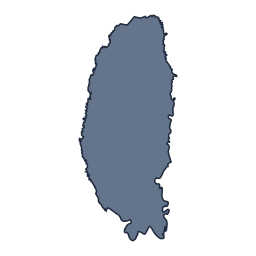 outline of Múgica, Michoacán, Mexico
{"feature_id": "50627088B21289458615422", "entity_name": "Múgica", "entity_type": "district", "adm_level": 2, "iso_a3": "MEX", "parent_name": "Mexico", "parent_adm1": "Michoacán", "projection": "equal_earth", "projection_center": [-102.107, 18.967], "detail": "fine", "context": "isolated", "style": "filled", "palette": "slate", "viewbox_px": 256, "rotation_deg": 0, "n_neighbors": 0, "source": "geoboundaries", "source_scale": "gbopen_adm2", "svg_char_len": 5754}
<svg xmlns="http://www.w3.org/2000/svg" viewBox="0 0 256 256"><path d="M176.7,76.4L176.6,75.7L176.3,75.2L174.6,74.4L173.3,74.1L172.4,72.8L172.0,72.5L171.7,71.5L172.2,69.4L170.6,68.5L170.6,66.9L169.3,65.5L168.8,64.4L167.2,62.4L165.7,59.8L165.7,59.2L166.3,58.5L166.0,58.1L165.1,57.8L165.1,57.1L165.3,56.6L166.7,55.3L166.7,54.7L164.9,54.4L165.6,52.6L165.3,51.9L163.8,52.0L163.5,51.8L163.5,51.3L164.2,50.1L164.0,47.5L164.6,45.8L164.6,45.0L163.3,44.5L163.5,42.2L163.1,40.5L164.2,39.5L163.8,37.4L164.0,36.7L164.8,35.5L166.9,34.3L167.0,33.7L166.3,33.2L164.7,33.9L163.9,33.7L163.6,32.7L163.4,29.6L162.9,28.8L163.0,26.9L162.7,26.8L161.9,27.3L161.6,27.0L161.7,26.4L162.6,25.2L162.7,24.6L162.1,24.1L161.0,24.4L161.0,23.9L162.0,23.4L162.2,22.6L161.9,22.4L159.9,22.6L159.9,21.8L160.5,20.6L159.2,20.6L159.0,18.4L158.3,18.4L158.1,17.7L157.7,17.0L155.5,17.0L155.0,16.7L154.9,15.7L153.0,15.4L152.3,16.6L152.0,16.6L151.9,16.1L151.1,15.5L146.9,17.7L145.9,17.6L145.2,16.4L140.5,18.2L134.4,16.7L127.6,24.7L126.1,24.9L120.5,23.8L118.6,25.6L117.1,25.5L116.6,25.7L116.2,26.6L115.3,26.9L114.6,28.9L114.3,30.3L114.1,30.7L113.2,30.8L112.4,32.5L111.6,32.8L111.1,33.3L110.6,35.6L110.4,35.7L109.4,35.1L108.8,36.0L108.9,37.2L109.7,38.6L109.3,39.8L110.2,40.1L110.0,40.6L110.3,42.0L110.3,42.3L109.8,42.4L109.4,43.7L108.8,44.1L109.0,44.4L108.7,45.4L108.1,46.1L106.9,47.0L106.4,47.1L105.6,46.6L105.3,46.9L105.3,47.3L105.0,47.5L104.6,46.6L103.6,46.8L103.1,47.3L102.5,46.5L102.0,47.8L100.7,48.2L100.6,49.4L100.2,49.6L99.8,50.8L99.5,52.5L99.4,52.7L98.6,52.6L98.4,52.8L98.2,54.6L97.8,54.6L97.3,55.0L96.2,55.5L95.0,59.4L95.5,61.0L95.6,60.9L95.7,62.0L95.4,62.2L95.4,63.2L95.9,64.2L96.5,63.8L96.7,64.0L94.6,70.4L93.9,70.1L93.8,67.9L92.8,71.0L93.4,71.9L93.6,73.4L93.0,75.0L92.0,74.5L90.5,75.7L90.6,76.6L89.1,79.9L89.6,81.8L88.1,87.8L88.2,89.5L88.0,89.9L88.3,90.9L89.2,91.8L89.7,93.0L90.2,93.1L91.1,92.6L91.1,93.1L90.6,94.5L90.1,94.9L90.4,96.6L90.0,96.7L89.5,97.3L90.6,99.1L90.3,99.4L89.3,98.8L88.1,98.7L88.1,100.4L87.8,102.2L87.5,102.8L86.3,103.8L86.3,104.2L87.5,104.3L87.6,104.7L87.4,105.4L86.6,106.4L85.8,106.5L86.3,107.7L86.7,107.6L86.9,109.8L85.5,110.4L85.7,110.9L86.7,111.5L85.4,113.3L85.8,113.7L86.6,115.1L85.4,116.1L86.2,117.1L86.1,118.2L85.5,118.4L83.9,118.0L83.5,118.2L83.2,118.7L83.4,119.6L84.1,119.4L85.2,120.1L85.3,120.5L84.9,121.8L83.9,122.0L83.7,122.3L83.2,124.6L82.7,125.7L84.3,126.1L84.4,127.0L82.3,128.8L82.8,131.5L82.6,131.8L81.8,131.4L81.6,131.6L81.5,134.3L81.9,135.5L83.6,136.9L83.0,137.5L82.6,138.4L82.1,138.6L81.1,139.9L79.8,138.4L79.5,138.6L79.3,139.1L79.4,140.9L80.9,141.2L80.8,141.8L80.2,142.4L80.3,144.2L80.9,144.9L80.9,145.5L81.7,148.3L81.5,150.6L82.5,151.4L81.8,152.6L81.9,153.4L82.6,154.4L82.4,155.8L82.5,156.9L83.6,157.9L85.0,160.7L85.9,160.1L86.3,160.4L85.4,161.5L86.2,161.9L86.4,162.4L86.2,163.7L87.1,163.9L87.6,166.2L87.1,167.8L86.4,168.8L86.0,168.8L85.9,169.4L86.1,170.0L86.4,170.1L86.9,170.9L86.5,171.7L86.0,171.9L86.9,172.2L87.9,173.2L87.9,173.6L87.3,174.6L87.4,174.9L89.1,175.0L88.6,175.9L88.0,175.6L87.6,176.2L88.6,177.1L89.2,177.3L89.7,178.7L89.1,178.9L88.9,179.6L91.0,179.9L91.0,181.5L92.4,182.2L92.4,182.9L92.8,183.2L94.3,186.1L95.0,186.5L94.7,186.7L94.8,187.4L96.3,189.7L96.4,192.3L95.7,193.5L96.8,195.6L98.2,197.8L98.5,199.5L98.4,201.1L98.6,201.6L99.5,203.1L100.7,204.0L101.3,204.8L102.7,207.6L103.7,208.2L104.5,209.6L105.0,209.6L105.0,210.4L105.3,210.4L105.6,209.6L106.2,210.8L106.9,208.8L107.8,208.0L108.5,208.0L109.6,208.6L113.6,211.6L114.2,211.8L116.5,213.8L117.9,214.3L120.0,216.8L121.4,219.9L123.1,221.2L124.2,221.3L127.1,221.0L129.2,220.1L130.3,220.0L131.0,220.6L131.1,222.2L130.7,223.1L130.3,223.5L128.4,224.1L126.9,225.5L124.7,229.3L124.4,231.1L124.6,232.0L125.1,232.6L126.8,232.6L127.8,233.1L129.4,237.7L130.1,238.8L132.0,240.5L133.3,240.6L135.4,239.0L137.6,234.5L138.0,231.9L138.2,231.6L140.4,231.9L144.0,234.1L145.1,234.0L147.7,229.4L148.6,227.4L149.5,226.4L150.3,226.6L151.9,228.6L154.1,232.6L157.3,236.3L159.8,238.2L160.6,238.6L163.2,238.5L163.9,237.8L164.0,236.5L163.8,235.9L162.6,234.6L162.4,233.4L162.8,234.0L163.7,234.3L164.2,230.1L165.0,229.3L164.6,228.4L164.7,227.5L164.9,227.1L165.4,226.8L165.5,227.9L165.8,228.9L165.5,231.0L166.2,230.6L166.6,228.9L167.1,224.2L166.7,220.9L163.9,217.2L163.7,215.6L164.2,214.6L164.9,214.0L165.6,213.8L166.9,214.3L167.6,214.1L169.2,211.0L168.8,209.7L168.0,209.3L167.3,209.6L164.9,211.5L163.2,211.9L162.9,211.6L162.6,210.9L162.6,207.9L163.2,206.9L164.6,206.6L165.2,206.1L165.3,205.7L166.5,206.4L167.4,205.9L168.1,204.2L168.2,202.3L167.7,201.8L164.6,200.9L163.3,200.1L162.1,197.4L161.9,196.0L162.3,188.2L161.9,187.7L161.3,187.4L161.0,187.5L160.2,188.6L159.8,188.5L159.5,187.6L159.7,185.5L159.4,184.6L158.8,183.8L156.9,184.0L155.7,183.2L154.8,181.9L154.7,180.4L155.1,179.2L156.3,178.0L158.5,178.4L160.1,178.0L161.9,175.0L164.2,170.0L165.1,169.3L166.7,166.8L168.1,166.5L167.8,164.7L168.3,163.7L169.1,162.9L170.9,162.2L171.1,161.9L168.7,154.1L168.4,152.4L168.2,150.9L169.3,147.5L169.0,145.9L168.0,144.4L167.0,144.2L166.9,143.9L167.0,143.3L167.8,142.3L168.4,142.1L169.4,142.2L169.6,141.8L168.2,139.9L168.6,138.8L169.4,138.4L168.7,136.4L168.6,134.9L169.0,134.0L170.4,132.9L170.8,132.2L171.0,131.0L170.9,130.5L169.8,128.5L169.6,127.0L170.6,122.2L171.2,120.6L171.2,120.0L170.6,119.0L169.2,118.7L168.9,118.4L168.4,117.5L168.3,116.5L168.6,115.7L169.2,114.9L171.7,116.1L172.6,115.9L173.1,115.1L172.9,108.5L173.2,107.1L173.9,105.6L174.1,103.4L173.9,102.4L173.5,102.1L173.3,101.6L173.8,100.5L174.7,99.6L175.0,98.3L174.3,97.9L173.1,99.5L171.9,99.6L171.2,98.4L171.1,96.1L170.3,94.8L170.1,93.5L170.9,92.5L171.7,90.3L171.6,87.6L172.0,85.8L171.5,83.8L171.7,82.8L172.2,82.3L172.2,81.7L171.7,80.2L173.4,79.2L173.4,78.5L173.0,77.6L173.4,76.7L174.1,75.9L176.7,76.4Z" fill="#64748b" stroke="#1e293b" stroke-width="1.5"/></svg>